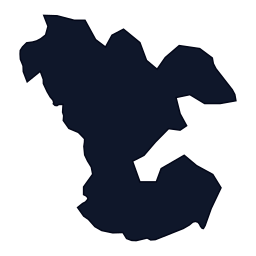 the Municipality of Ludzas
{"feature_id": "LVA-1065", "entity_name": "Ludzas", "entity_type": "Municipality", "adm_level": 1, "iso_a3": "LVA", "parent_name": "Latvia", "parent_adm1": "", "projection": "mercator", "projection_center": [27.798, 56.379], "detail": "fine", "context": "isolated", "style": "filled", "palette": "ink", "viewbox_px": 256, "rotation_deg": 0, "n_neighbors": 0, "source": "natural_earth", "source_scale": "10m", "svg_char_len": 1323}
<svg xmlns="http://www.w3.org/2000/svg" viewBox="0 0 256 256"><path d="M212.3,58.0L213.3,63.6L215.9,68.7L232.3,89.8L234.8,94.5L235.9,100.7L220.2,103.5L204.6,103.5L189.9,94.6L176.0,97.5L180.1,113.8L186.6,125.7L180.1,130.1L168.6,128.6L155.5,141.9L144.0,155.3L132.5,161.2L139.9,181.9L156.3,181.9L161.2,168.6L184.2,155.3L196.5,165.6L212.8,174.5L221.0,187.8L211.2,208.4L205.1,225.5L203.4,228.5L202.2,228.3L200.6,226.4L199.5,224.1L198.0,222.2L195.4,221.4L192.7,222.1L189.4,224.9L183.2,228.5L155.3,239.6L150.7,239.9L147.2,238.0L136.2,240.6L131.6,240.4L126.6,238.5L122.9,232.5L112.7,232.8L101.7,230.5L94.9,226.6L88.4,219.3L83.7,216.1L77.6,207.5L82.6,203.5L85.5,202.0L88.0,199.0L87.5,197.3L86.0,195.8L83.6,194.6L83.6,186.9L92.7,174.2L91.3,167.0L87.5,160.8L84.7,154.9L83.9,146.4L84.5,142.1L84.6,138.8L78.4,132.4L68.9,128.4L63.3,120.5L63.7,115.6L62.6,112.2L63.1,104.4L58.7,104.5L57.0,105.6L55.0,105.4L53.3,103.8L53.7,102.3L52.9,100.0L50.3,97.0L47.2,91.7L43.4,83.6L43.3,79.3L40.3,71.2L27.2,81.8L23.3,71.6L23.1,65.8L20.4,59.2L20.1,53.9L20.3,50.4L22.5,47.0L26.7,42.8L32.4,42.1L36.7,40.9L40.7,38.8L45.6,35.0L48.0,26.3L43.8,15.4L57.1,15.8L74.3,20.3L85.0,20.3L95.6,39.6L105.5,47.1L112.0,35.2L123.5,29.2L139.9,42.6L146.5,60.4L157.1,69.3L165.3,57.5L179.2,45.6L199.7,48.6L212.3,58.0Z" fill="#0f172a" stroke="#020617" stroke-width="1.5"/></svg>